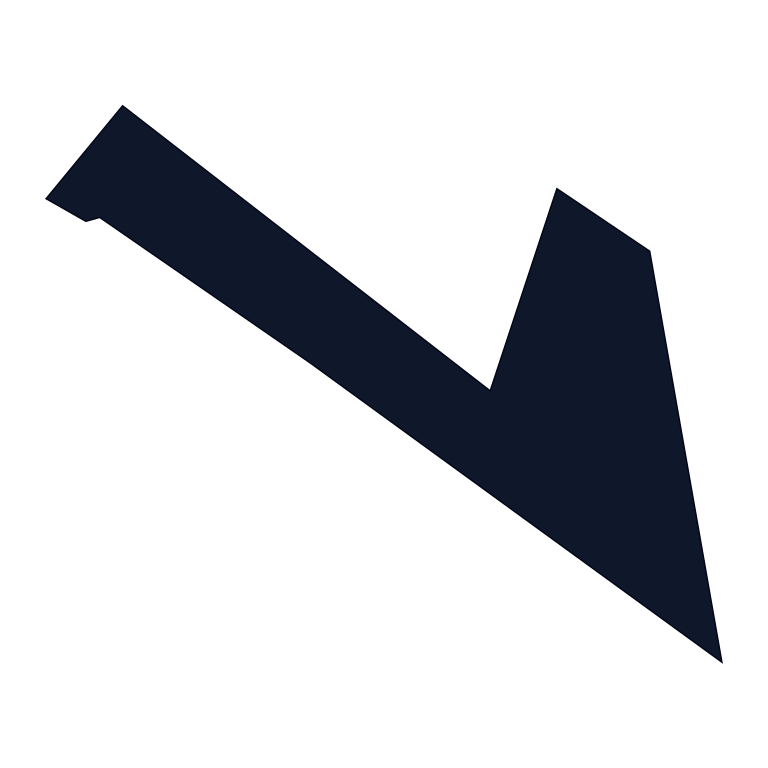 the district of Manassas Park, Virginia, United States of America
{"feature_id": "52423323B92957530316980", "entity_name": "Manassas Park", "entity_type": "district", "adm_level": 2, "iso_a3": "USA", "parent_name": "United States of America", "parent_adm1": "Virginia", "projection": "robinson", "projection_center": [-77.456, 38.771], "detail": "fine", "context": "isolated", "style": "filled", "palette": "ink", "viewbox_px": 768, "rotation_deg": 0, "n_neighbors": 0, "source": "geoboundaries", "source_scale": "gbopen_adm2", "svg_char_len": 249}
<svg xmlns="http://www.w3.org/2000/svg" viewBox="0 0 768 768"><path d="M310.0,362.8L721.9,662.2L649.7,251.2L556.9,188.7L490.2,390.9L122.6,105.8L46.1,198.7L85.9,221.3L99.7,217.4L310.0,362.8Z" fill="#0f172a" stroke="#020617" stroke-width="1.5"/></svg>